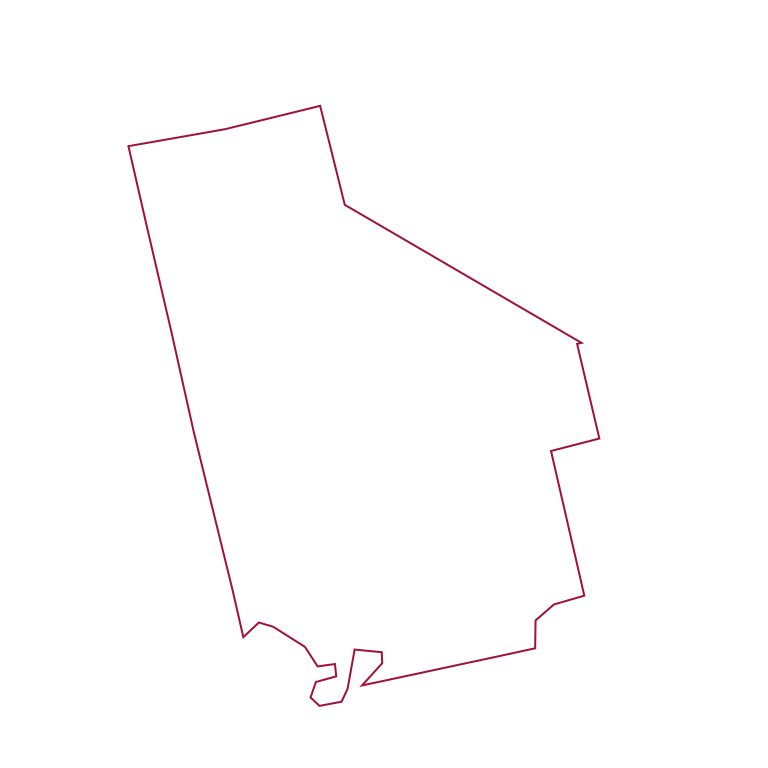 Morgan, Missouri, United States of America, rotated 345°
{"feature_id": "52423323B53823188034237", "entity_name": "Morgan", "entity_type": "district", "adm_level": 2, "iso_a3": "USA", "parent_name": "United States of America", "parent_adm1": "Missouri", "projection": "equal_earth", "projection_center": [-92.922, 38.441], "detail": "fine", "context": "isolated", "style": "outline", "palette": "rose", "viewbox_px": 768, "rotation_deg": 345, "n_neighbors": 0, "source": "geoboundaries", "source_scale": "gbopen_adm2", "svg_char_len": 571}
<svg xmlns="http://www.w3.org/2000/svg" viewBox="0 0 768 768"><g transform="rotate(345 384 384)"><path d="M192.1,279.1L187.8,381.9L184.4,543.2L182.6,592.1L201.4,582.0L214.0,589.7L239.6,617.5L246.8,639.6L264.1,641.8L262.2,654.0L241.1,654.2L231.9,667.8L238.4,678.2L260.8,679.9L270.0,668.9L286.9,632.9L312.4,642.5L310.0,653.2L284.8,669.5L423.8,676.6L461.6,678.4L469.2,651.6L491.1,640.9L522.7,640.3L528.0,491.9L577.9,492.4L580.9,395.2L585.4,395.4L392.5,200.8L394.3,98.8L296.0,96.7L198.7,88.1L195.6,172.7L192.1,279.1Z" fill="none" stroke="#9f1239" stroke-width="2"/></g></svg>